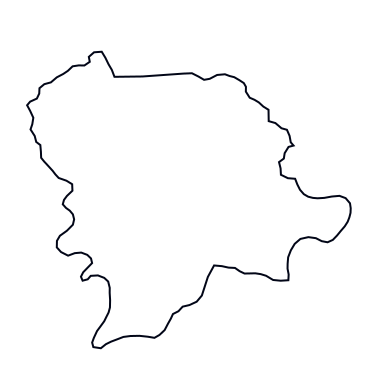 Capinzal, Santa Catarina, Brazil (Mercator projection), rotated 265°
{"feature_id": "56859067B60775282923797", "entity_name": "Capinzal", "entity_type": "district", "adm_level": 2, "iso_a3": "BRA", "parent_name": "Brazil", "parent_adm1": "Santa Catarina", "projection": "mercator", "projection_center": [-51.641, -27.424], "detail": "fine", "context": "isolated", "style": "outline", "palette": "ink", "viewbox_px": 384, "rotation_deg": 265, "n_neighbors": 0, "source": "geoboundaries", "source_scale": "gbopen_adm2", "svg_char_len": 2188}
<svg xmlns="http://www.w3.org/2000/svg" viewBox="0 0 384 384"><g transform="rotate(265 192 192)"><path d="M255.4,41.2L252.0,45.0L245.2,45.0L239.2,44.7L235.2,47.4L230.7,50.9L225.3,55.0L221.5,57.4L217.6,60.4L214.2,67.9L210.2,73.3L203.7,73.0L199.0,67.1L195.3,63.8L191.0,62.2L187.1,65.1L184.1,68.6L180.1,71.4L175.0,72.2L169.8,70.5L164.3,64.0L159.9,56.6L155.1,53.2L148.6,52.5L143.6,56.3L139.4,63.0L141.3,69.9L141.3,76.4L138.5,82.2L134.6,85.6L129.9,86.3L126.2,82.0L121.5,76.6L117.3,74.0L113.2,75.3L114.1,80.5L117.3,83.8L117.1,91.0L114.1,97.1L110.1,100.7L103.7,101.7L98.7,101.2L91.4,101.0L84.1,100.2L79.2,98.4L75.2,95.9L70.9,93.3L67.0,89.9L61.8,85.3L55.2,81.5L50.7,79.4L46.1,80.2L44.3,87.6L47.9,93.0L50.0,98.4L51.8,104.8L53.6,111.0L53.9,118.1L53.3,127.1L51.7,135.3L50.0,141.9L52.4,147.1L56.8,152.7L62.9,156.6L67.7,159.9L72.1,162.4L74.4,168.1L78.6,172.7L79.6,179.6L82.3,187.1L88.0,192.8L106.0,200.4L116.9,207.6L115.5,215.4L113.5,221.8L112.6,228.2L109.0,232.5L106.2,237.2L105.8,243.0L105.5,247.9L104.2,253.3L102.1,258.5L97.3,265.1L95.9,272.6L95.7,280.3L101.4,281.1L107.3,280.5L112.1,281.0L118.6,282.1L125.3,285.4L131.4,289.8L135.8,295.9L136.9,304.0L135.2,311.4L131.7,317.0L130.1,322.7L132.0,328.1L136.0,332.7L139.9,336.5L144.5,341.2L148.8,344.5L153.1,346.6L157.4,348.1L162.0,348.7L167.0,348.4L172.5,344.5L175.3,338.6L175.3,330.9L174.6,323.2L174.8,316.5L175.6,311.9L177.2,307.3L180.1,303.2L184.8,299.8L190.3,297.6L196.2,295.9L197.4,288.7L201.4,282.1L207.8,282.3L214.2,281.3L217.3,286.4L222.6,287.7L228.5,292.1L229.4,297.2L232.9,294.7L239.4,294.1L245.7,292.0L247.7,286.7L253.4,281.1L255.9,274.6L260.2,274.9L267.2,275.4L270.9,270.5L275.4,266.4L278.4,262.3L280.9,257.7L287.3,254.4L292.1,254.9L296.0,253.1L299.3,248.9L302.7,244.1L304.3,239.5L306.4,235.1L306.4,227.2L303.2,219.5L302.7,213.8L306.4,208.6L310.3,202.3L310.7,193.8L311.4,152.7L313.5,124.8L320.6,122.8L326.5,120.0L333.3,117.4L339.6,114.3L339.7,106.6L335.6,101.0L330.6,101.5L327.4,95.8L328.0,90.2L327.6,84.0L323.5,78.9L320.8,74.0L318.0,67.3L313.5,61.0L312.3,54.3L308.7,49.1L303.4,48.4L298.6,45.6L296.1,38.6L292.8,35.3L287.0,37.8L279.8,40.4L273.4,38.8L268.4,36.6L261.5,40.2L255.4,41.2Z" fill="none" stroke="#020617" stroke-width="2"/></g></svg>